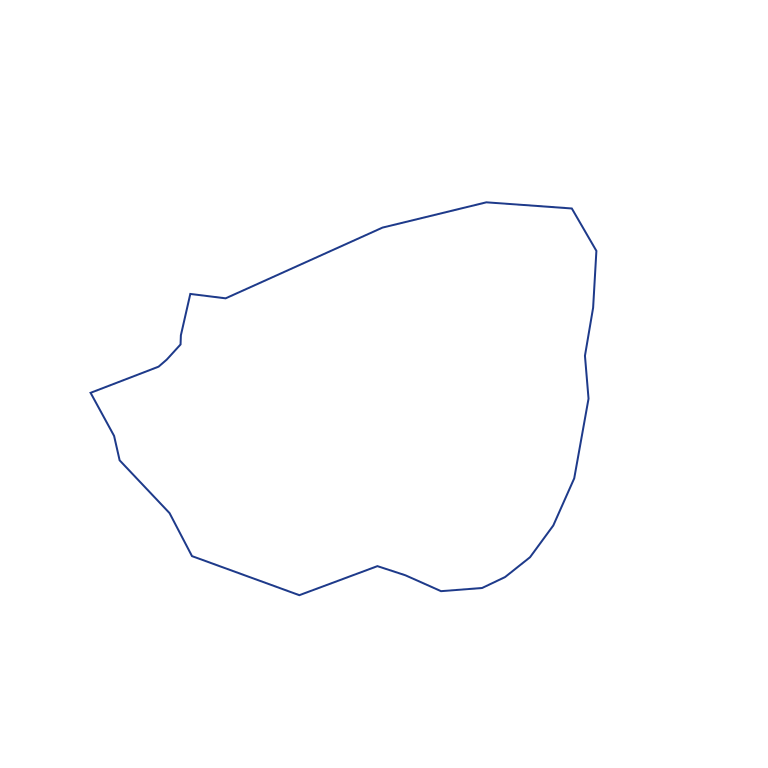 the Municipality of Vipava, rotated 129°
{"feature_id": "SVN-1035", "entity_name": "Vipava", "entity_type": "Municipality", "adm_level": 1, "iso_a3": "SVN", "parent_name": "Slovenia", "parent_adm1": "", "projection": "equal_earth", "projection_center": [13.989, 45.819], "detail": "fine", "context": "isolated", "style": "outline", "palette": "blue", "viewbox_px": 768, "rotation_deg": 129, "n_neighbors": 0, "source": "natural_earth", "source_scale": "10m", "svg_char_len": 502}
<svg xmlns="http://www.w3.org/2000/svg" viewBox="0 0 768 768"><g transform="rotate(129 384 384)"><path d="M601.4,316.9L638.6,424.9L619.3,469.4L609.7,541.4L594.2,561.1L575.5,606.5L512.4,570.1L501.8,568.2L481.3,567.0L474.0,572.5L435.9,591.2L417.1,561.0L263.4,483.6L178.4,418.8L129.4,348.5L146.9,302.7L193.1,269.5L235.6,245.6L266.7,215.8L337.6,176.8L387.4,163.4L426.7,161.5L457.8,168.4L480.8,179.4L509.1,209.3L519.2,247.0L529.7,274.5L601.4,316.9Z" fill="none" stroke="#1e3a8a" stroke-width="2"/></g></svg>